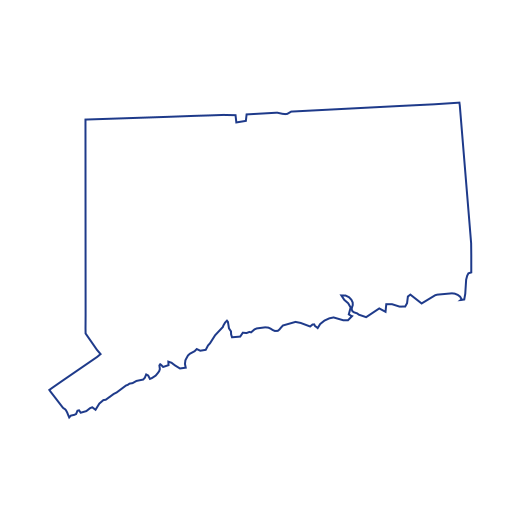 Connecticut, Natural Earth projection, rotated 356°
{"feature_id": "USA-3537", "entity_name": "Connecticut", "entity_type": "State", "adm_level": 1, "iso_a3": "USA", "parent_name": "United States of America", "parent_adm1": "", "projection": "natural_earth1", "projection_center": [-72.846, 41.528], "detail": "fine", "context": "isolated", "style": "outline", "palette": "blue", "viewbox_px": 512, "rotation_deg": 356, "n_neighbors": 0, "source": "natural_earth", "source_scale": "10m", "svg_char_len": 2645}
<svg xmlns="http://www.w3.org/2000/svg" viewBox="0 0 512 512"><g transform="rotate(356 256 256)"><path d="M58.6,403.8L58.4,404.0L57.3,400.8L56.7,398.9L55.6,396.5L54.9,395.6L54.3,395.1L53.3,394.4L52.6,393.6L47.1,385.3L41.7,377.2L40.5,375.2L43.7,373.2L53.6,367.3L66.0,360.0L79.6,352.0L90.5,345.6L94.1,343.0L90.7,338.4L87.8,333.5L84.7,328.3L80.6,321.4L80.9,316.0L81.9,303.0L82.8,290.0L83.7,277.0L84.6,264.0L85.5,251.0L86.4,238.0L87.3,225.0L88.2,212.0L89.1,199.0L90.0,186.0L90.9,173.0L91.8,160.0L92.7,147.0L93.6,134.0L94.5,121.0L95.4,108.0L122.5,109.0L149.7,110.0L176.8,111.0L204.0,111.9L219.0,112.5L233.3,113.0L245.4,114.1L245.7,121.4L255.3,120.5L256.5,114.1L287.1,114.5L292.3,116.0L295.2,116.5L297.1,116.4L301.2,114.4L312.4,114.6L345.4,115.2L378.3,115.8L411.2,116.4L444.2,117.1L469.6,117.2L469.8,120.3L470.0,136.5L470.2,152.7L470.4,168.9L470.6,185.1L470.8,201.3L471.0,217.5L471.2,233.7L471.4,250.0L471.5,258.4L470.8,270.1L469.6,287.4L466.7,288.1L465.3,290.4L464.0,294.2L462.1,308.3L460.7,313.9L457.4,314.2L457.2,314.2L458.1,313.6L456.8,310.8L454.6,308.9L451.6,307.4L448.8,306.9L434.2,307.2L432.1,307.6L417.9,314.9L407.3,305.3L404.7,307.0L403.4,313.6L401.3,316.8L395.7,316.5L388.4,313.6L382.6,313.2L381.3,320.7L375.3,316.9L361.6,324.7L354.5,321.7L352.9,320.3L349.8,319.0L348.4,317.9L347.7,315.8L348.2,313.9L349.1,311.7L349.2,309.1L348.1,306.3L345.9,303.6L342.6,301.7L338.4,301.3L341.0,305.9L344.7,309.6L346.8,314.0L344.5,320.7L346.7,322.3L347.6,322.7L343.3,326.5L338.6,326.2L329.1,322.7L324.8,323.3L319.8,325.2L315.3,328.3L312.5,332.2L311.2,330.9L310.4,330.4L309.9,329.8L309.3,328.3L307.6,328.3L305.1,330.1L295.9,325.9L290.8,324.5L278.0,327.2L276.0,329.1L274.2,331.0L272.5,332.2L269.6,332.1L267.5,331.0L265.5,329.5L263.3,328.3L260.2,327.8L251.7,328.3L249.4,329.1L245.8,331.8L244.1,331.3L241.2,332.2L237.5,331.6L234.6,335.3L226.4,335.4L225.7,332.4L225.8,329.5L224.0,326.3L223.4,319.8L222.5,318.5L220.5,320.3L218.6,323.1L218.0,324.5L209.7,332.2L204.0,339.9L201.9,341.9L199.3,346.1L193.8,346.6L190.4,344.7L188.1,346.7L183.2,348.9L181.2,350.5L179.2,353.6L178.3,355.1L177.6,358.7L178.1,362.5L172.3,362.9L167.7,359.6L165.6,357.8L164.3,356.6L161.2,355.3L161.1,358.8L155.6,360.2L154.1,358.4L153.3,357.6L152.9,357.3L152.0,358.4L152.2,362.1L151.4,364.1L150.0,365.8L147.6,368.3L143.7,370.5L141.6,371.2L140.1,367.7L138.2,366.5L136.6,369.7L134.8,371.4L131.6,371.8L128.0,372.3L124.0,374.2L120.9,374.5L119.1,375.6L117.3,376.1L107.5,382.4L104.4,383.7L96.1,388.9L93.7,389.1L89.4,392.3L85.2,398.2L82.1,395.5L79.9,396.2L75.9,398.9L70.2,400.1L68.7,397.6L67.1,397.9L65.5,401.1L63.6,401.8L60.2,402.3L58.6,403.8Z" fill="none" stroke="#1e3a8a" stroke-width="2"/></g></svg>